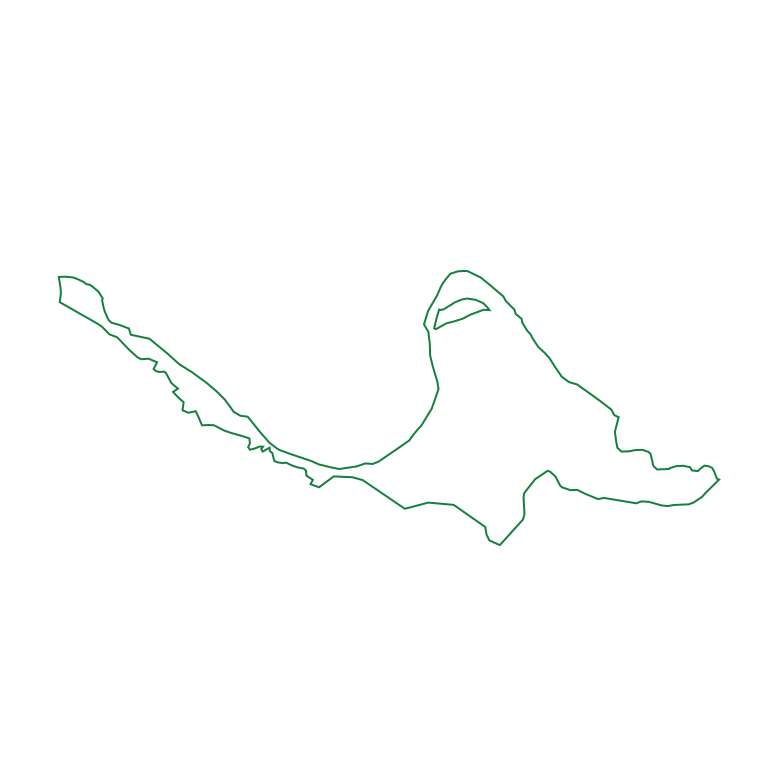 Akhmim, Suhaj, Egypt, rotated 131°
{"feature_id": "37247803B62515716527778", "entity_name": "Akhmim", "entity_type": "district", "adm_level": 2, "iso_a3": "EGY", "parent_name": "Egypt", "parent_adm1": "Suhaj", "projection": "albers", "projection_center": [31.772, 26.551], "detail": "fine", "context": "isolated", "style": "outline", "palette": "green", "viewbox_px": 768, "rotation_deg": 131, "n_neighbors": 0, "source": "geoboundaries", "source_scale": "gbopen_adm2", "svg_char_len": 3625}
<svg xmlns="http://www.w3.org/2000/svg" viewBox="0 0 768 768"><g transform="rotate(131 384 384)"><path d="M535.0,682.5L526.4,639.6L525.8,634.5L526.6,623.7L523.8,616.0L525.4,598.6L525.6,587.8L524.7,583.6L519.3,578.2L516.5,569.5L523.9,567.7L523.9,564.7L522.4,561.5L518.8,557.9L518.8,555.7L522.8,544.9L522.7,536.5L528.4,538.0L529.0,532.0L529.2,528.1L529.2,523.3L536.0,518.8L534.1,512.8L528.1,508.3L530.5,502.6L534.6,494.2L530.3,489.8L526.7,485.3L523.9,473.8L521.6,468.2L515.3,454.6L513.8,450.9L513.4,449.9L516.8,446.2L520.7,445.2L521.5,441.9L517.6,439.3L512.9,436.9L510.7,434.2L513.7,433.9L514.6,431.2L507.2,428.6L509.5,425.9L509.4,422.9L511.8,419.6L514.1,416.0L512.3,411.8L509.9,408.2L507.5,406.2L506.3,401.4L504.1,395.4L500.5,389.1L500.5,386.1L504.0,382.5L503.4,377.7L503.0,374.8L507.8,373.7L504.5,365.2L498.5,363.9L492.6,362.6L486.7,361.3L475.1,346.7L471.1,338.2L470.5,337.0L464.5,286.4L444.5,272.8L429.5,252.1L427.6,234.0L425.5,213.7L430.4,207.8L432.9,201.8L429.6,190.9L395.0,190.2L394.2,190.6L390.2,192.5L378.0,204.3L374.4,206.6L356.5,207.5L351.6,206.1L342.3,203.6L341.2,201.2L341.3,194.0L345.1,184.4L345.2,182.0L341.8,173.6L337.1,168.7L334.9,160.2L334.3,158.5L330.4,146.9L325.7,143.3L308.5,115.3L303.8,112.8L299.1,106.7L293.4,94.6L289.9,89.7L285.3,86.0L280.6,81.1L274.8,75.0L270.1,72.5L260.6,69.9L258.4,69.9L254.6,69.8L236.3,68.4L236.5,69.0L237.0,70.6L235.8,73.0L234.5,75.4L233.3,77.8L232.0,81.4L233.1,85.0L235.4,88.6L241.4,89.9L243.8,90.0L247.2,94.9L246.0,98.4L249.4,104.5L254.1,109.4L259.9,113.1L261.1,113.1L268.1,120.5L269.3,121.7L269.2,126.5L267.9,128.9L266.7,130.1L261.8,137.2L261.8,138.4L261.7,139.6L264.0,145.6L266.3,148.1L269.8,151.7L273.3,154.2L275.7,156.7L276.8,157.9L279.2,160.3L279.0,166.1L276.2,169.6L275.6,170.4L275.0,171.1L268.6,178.4L255.1,185.1L256.4,189.8L254.2,195.7L255.0,209.4L256.0,221.0L257.7,238.1L261.2,245.6L261.9,254.6L258.9,266.1L255.9,276.1L255.1,283.0L254.8,292.0L252.1,301.7L250.3,306.2L249.8,310.9L247.0,319.9L244.6,322.8L244.6,326.2L244.7,330.6L242.2,334.6L242.0,339.3L241.4,346.5L239.6,351.5L239.7,358.4L239.8,369.3L239.8,371.1L239.9,372.9L240.2,381.1L242.4,389.2L244.0,395.1L246.9,398.5L250.6,402.2L257.2,406.2L260.5,406.2L264.3,406.1L269.4,405.7L273.6,404.8L282.0,402.1L300.1,398.6L312.8,392.9L315.6,384.5L315.7,384.4L318.5,381.6L323.4,376.0L332.3,367.8L338.1,359.6L343.6,351.1L347.3,345.2L352.0,339.6L362.2,335.4L371.4,331.8L376.8,330.9L380.4,330.3L390.9,328.5L395.5,328.7L402.5,328.6L410.1,327.9L413.7,328.8L421.2,330.7L434.3,334.1L446.2,337.2L451.8,340.1L456.2,346.0L464.0,350.5L471.9,357.2L477.6,362.1L482.0,369.9L486.6,378.8L487.3,380.1L490.0,388.8L498.9,410.3L499.4,411.8L501.0,416.1L501.2,416.4L502.5,420.0L503.0,424.0L503.2,427.4L503.5,432.0L501.7,445.2L498.1,465.4L502.2,471.6L503.6,479.1L500.2,493.8L499.4,504.9L499.5,517.8L501.0,535.9L501.0,536.2L501.0,536.5L503.4,551.1L503.1,567.2L503.7,590.7L512.9,607.3L511.2,610.3L509.4,612.8L513.1,622.7L516.5,629.8L516.4,633.9L512.7,641.9L510.7,645.1L508.7,647.8L508.7,648.0L507.3,649.6L505.9,651.5L503.9,652.5L503.2,654.9L502.0,659.0L501.6,661.1L501.7,665.1L501.8,668.5L502.1,671.0L503.0,672.6L503.9,674.1L504.1,677.7L505.6,683.2L507.2,687.8L509.3,691.1L512.6,695.5L515.6,698.6L516.6,699.6L522.9,692.1L523.4,691.5L525.5,689.3L527.6,687.3L530.0,685.7L535.0,682.5ZM298.8,388.0L291.6,391.2L291.2,390.1L288.8,388.1L287.4,387.6L285.0,386.8L283.7,386.6L282.6,386.0L281.5,385.7L275.7,384.0L269.6,380.9L268.9,380.5L264.9,377.3L260.3,370.0L259.2,366.4L257.9,362.2L258.2,356.8L259.1,352.9L262.6,357.5L275.0,364.3L283.0,367.4L291.1,372.4L297.4,376.8L308.4,380.7L309.2,382.6L298.8,388.0Z" fill="none" stroke="#15803d" stroke-width="2"/></g></svg>